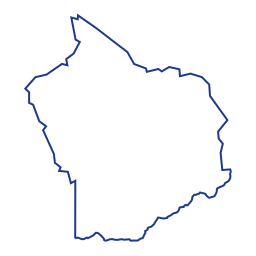 Sevier, Tennessee, United States of America
{"feature_id": "52423323B91175482939714", "entity_name": "Sevier", "entity_type": "district", "adm_level": 2, "iso_a3": "USA", "parent_name": "United States of America", "parent_adm1": "Tennessee", "projection": "mercator", "projection_center": [-83.473, 35.803], "detail": "fine", "context": "isolated", "style": "outline", "palette": "blue", "viewbox_px": 256, "rotation_deg": 0, "n_neighbors": 0, "source": "geoboundaries", "source_scale": "gbopen_adm2", "svg_char_len": 1775}
<svg xmlns="http://www.w3.org/2000/svg" viewBox="0 0 256 256"><path d="M209.2,84.5L201.8,77.1L190.5,73.6L180.0,76.2L179.4,69.3L169.2,67.0L161.8,71.4L158.4,69.0L146.8,71.8L145.9,68.4L134.1,64.0L127.5,52.2L96.3,28.2L78.0,15.4L77.7,19.3L71.3,17.5L75.6,39.6L79.8,42.0L73.6,53.6L66.2,59.1L67.4,65.3L62.0,63.9L46.5,74.6L35.4,77.2L25.3,88.6L29.1,92.3L29.1,102.9L33.1,104.7L39.3,121.3L46.1,126.3L43.1,130.2L53.9,154.0L54.9,162.8L60.6,167.3L59.1,170.9L67.9,171.8L70.9,183.2L75.3,180.8L75.2,237.6L76.0,238.1L77.1,237.6L79.0,238.0L81.9,239.2L83.8,239.1L85.0,238.6L85.6,238.1L86.9,237.6L87.9,238.2L93.4,235.3L95.8,232.8L97.4,232.9L98.5,233.4L101.4,235.9L103.8,238.6L104.1,240.0L104.7,240.5L106.0,240.6L108.2,240.0L109.7,239.3L112.1,239.1L114.7,239.7L117.4,239.9L121.7,239.2L124.2,239.7L129.4,239.3L130.5,240.6L137.9,240.5L140.4,238.7L142.7,238.1L144.6,234.1L145.4,232.9L145.1,231.2L146.6,230.3L147.6,229.5L147.6,228.3L148.1,227.7L151.4,226.6L154.1,224.1L155.3,221.8L157.3,219.1L157.8,217.7L159.6,217.7L163.0,218.5L167.1,218.0L167.3,217.8L167.5,216.9L170.8,215.3L173.0,213.7L173.9,213.2L176.6,212.6L178.1,211.4L179.6,208.0L179.6,207.5L182.8,206.9L183.6,207.0L184.1,206.0L185.3,205.0L185.9,204.8L186.5,205.3L187.4,205.3L187.8,205.1L191.2,201.1L191.9,199.8L192.2,198.7L192.2,197.6L192.9,196.3L193.7,195.2L194.6,194.7L195.3,194.9L199.0,193.7L200.0,192.5L205.3,193.8L206.5,195.6L208.5,197.5L209.3,197.7L212.4,196.9L214.4,196.2L215.7,194.2L216.7,191.8L216.9,189.2L217.4,188.3L220.5,186.8L222.6,186.0L224.2,185.0L225.0,183.2L226.5,182.2L228.1,181.4L229.2,180.2L230.2,178.2L230.4,175.7L230.0,174.5L230.4,173.0L230.7,171.9L230.6,170.6L230.2,169.4L222.3,170.0L220.6,152.9L222.8,143.7L218.7,138.7L218.1,131.6L227.4,120.1L210.0,95.9L209.2,84.5Z" fill="none" stroke="#1e3a8a" stroke-width="2"/></svg>